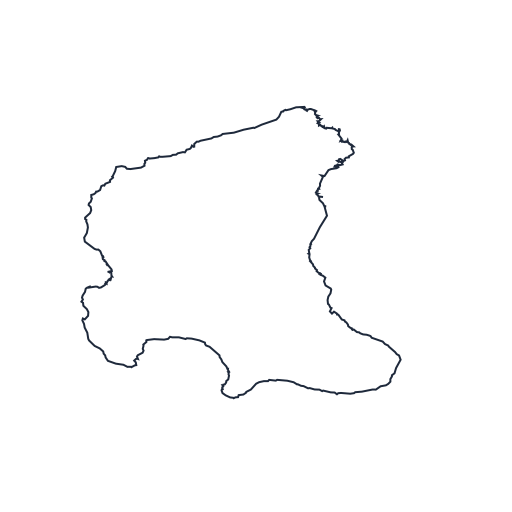 the district of Siquijor, Siquijor, Philippines, rotated 115°
{"feature_id": "2640588B8507173896697", "entity_name": "Siquijor", "entity_type": "district", "adm_level": 2, "iso_a3": "PHL", "parent_name": "Philippines", "parent_adm1": "Siquijor", "projection": "equal_earth", "projection_center": [123.577, 9.198], "detail": "fine", "context": "isolated", "style": "outline", "palette": "slate", "viewbox_px": 512, "rotation_deg": 115, "n_neighbors": 0, "source": "geoboundaries", "source_scale": "gbopen_adm2", "svg_char_len": 6143}
<svg xmlns="http://www.w3.org/2000/svg" viewBox="0 0 512 512"><g transform="rotate(115 256 256)"><path d="M365.1,396.4L367.3,396.1L368.6,394.5L371.2,394.9L371.5,393.0L374.1,391.4L375.6,386.9L377.7,384.2L381.2,382.9L385.8,384.4L385.8,386.5L387.7,386.2L390.2,383.2L393.3,381.0L396.8,376.5L402.0,373.0L403.1,371.6L405.7,364.2L405.8,358.5L407.1,354.1L408.9,352.8L409.8,350.7L411.5,349.4L413.6,345.9L412.8,337.5L410.6,330.2L410.8,325.7L409.2,322.4L409.4,321.9L406.4,319.7L405.5,318.4L403.2,320.0L402.3,322.2L400.1,321.3L399.3,320.5L399.2,319.5L397.4,321.4L395.9,321.2L391.6,317.9L389.3,317.9L388.0,319.4L384.9,320.0L383.9,320.7L380.3,319.0L378.8,319.8L378.3,319.4L374.4,313.2L370.6,303.9L368.2,300.6L365.6,299.8L365.1,297.5L362.3,291.5L361.0,284.7L359.8,283.9L358.1,279.5L356.4,271.7L356.1,265.7L357.5,264.7L358.2,263.4L357.9,259.7L361.5,247.1L363.0,246.2L364.3,243.8L366.4,241.6L368.6,236.2L370.3,234.3L370.0,233.7L371.0,233.4L372.3,231.5L372.9,232.2L373.4,231.3L374.7,231.0L375.8,229.9L379.6,229.0L381.9,230.1L383.3,229.6L385.5,230.0L386.4,231.2L387.2,230.9L387.4,231.6L388.1,230.6L389.3,231.1L390.8,229.9L391.3,230.6L392.4,230.4L394.4,228.4L395.1,224.6L395.1,219.7L394.1,216.6L394.3,216.1L392.8,214.9L391.5,212.6L389.4,212.9L386.9,208.9L384.2,207.3L383.3,207.4L379.2,204.2L371.7,201.9L369.0,199.8L366.1,196.0L364.3,192.2L362.7,191.7L360.6,185.4L359.3,184.5L355.8,174.9L354.5,168.5L355.0,164.5L354.6,164.0L354.6,160.3L353.8,157.9L353.9,152.9L353.0,151.5L352.2,146.5L350.3,142.0L350.5,138.9L349.6,138.3L348.0,130.6L346.5,127.0L347.1,124.2L345.6,123.5L344.2,121.1L341.0,112.4L338.9,109.2L337.5,108.5L334.2,102.7L327.8,94.0L326.4,90.9L321.4,88.0L318.3,83.6L316.0,82.1L313.1,81.1L310.8,82.2L307.7,81.9L306.6,82.4L303.8,80.9L298.3,81.7L288.9,81.1L285.7,84.3L285.5,87.0L284.3,89.3L282.0,97.3L281.3,98.3L281.3,101.9L280.0,105.0L281.2,116.6L280.2,118.3L280.2,119.3L280.6,122.4L281.8,125.8L282.0,129.0L281.6,130.1L282.3,132.4L281.3,136.4L282.2,137.3L281.9,138.2L281.1,138.5L281.2,140.2L280.6,142.8L279.3,143.7L278.0,146.1L277.8,147.7L276.9,148.6L277.3,151.4L274.4,156.6L274.8,157.8L274.0,158.3L273.5,161.8L276.1,162.8L275.0,165.6L271.3,165.5L271.3,166.8L269.2,169.4L269.0,170.5L265.7,172.5L262.2,173.3L258.4,172.7L254.7,173.6L253.9,174.5L253.3,180.5L250.3,183.6L246.3,184.0L245.6,187.2L245.8,189.5L244.9,189.7L245.4,190.8L244.6,190.9L244.8,192.1L244.1,194.7L243.0,194.8L242.4,197.2L241.6,197.7L240.8,199.9L239.5,200.8L237.9,204.6L237.4,204.2L236.8,205.4L234.8,207.2L231.8,208.2L231.7,209.4L230.9,208.9L228.2,210.8L226.0,210.1L225.4,211.2L223.8,210.9L222.5,211.7L221.9,211.2L221.5,211.7L219.0,211.7L215.9,210.7L202.9,210.3L189.5,208.7L182.7,214.4L182.0,214.7L181.3,213.4L181.9,215.2L179.9,217.6L178.4,222.1L177.4,222.9L175.5,223.9L174.2,220.2L175.6,224.6L174.8,225.4L174.5,227.3L173.6,227.7L173.2,227.0L173.2,228.5L171.0,228.3L170.9,227.6L168.8,228.2L168.4,227.1L167.7,227.7L165.3,227.6L163.4,228.6L156.0,228.8L155.4,230.8L154.6,227.7L147.5,226.6L145.5,224.7L142.4,220.1L140.8,218.9L139.9,220.5L141.2,221.2L140.9,221.5L141.5,222.6L140.9,222.6L140.4,222.0L140.6,221.4L138.6,220.8L138.3,219.1L138.6,218.8L136.4,216.2L134.9,218.2L135.2,220.3L135.8,220.9L135.4,222.6L134.4,221.3L133.2,221.6L132.4,220.6L132.7,218.6L134.0,217.9L133.8,216.9L132.9,216.9L131.7,215.8L130.8,216.7L128.9,216.0L127.4,213.5L126.4,214.0L122.4,211.2L121.1,211.0L118.9,213.2L118.7,214.3L116.9,215.3L116.3,215.3L115.5,213.9L114.7,216.7L115.3,217.3L114.8,218.2L115.0,218.8L114.3,219.4L114.3,220.4L112.4,221.9L113.9,221.9L114.4,222.2L114.3,223.0L115.2,223.4L115.5,224.6L115.2,224.9L116.0,226.1L115.4,226.4L116.0,226.7L115.9,227.3L115.5,226.8L115.3,227.3L116.0,228.0L113.5,228.0L111.1,232.7L110.6,232.2L109.0,233.1L106.7,233.0L105.8,233.8L106.0,234.4L107.7,233.5L108.1,234.3L108.1,237.2L107.6,238.1L108.1,240.7L107.5,241.1L108.3,241.5L110.0,246.3L110.8,246.2L111.0,246.8L111.2,248.1L110.1,248.9L110.7,249.0L111.0,250.1L110.2,250.4L110.6,251.9L109.9,253.2L111.1,254.1L110.0,254.6L109.3,254.1L109.9,254.7L109.7,255.5L108.9,255.2L109.4,256.3L108.1,256.3L107.8,257.0L107.2,255.9L104.5,254.9L105.0,255.8L104.1,257.4L104.8,258.1L104.1,258.6L104.9,258.9L104.7,259.6L103.0,260.3L102.7,259.9L102.9,261.4L102.4,262.6L101.1,262.9L100.1,264.0L99.8,262.9L99.2,262.7L99.1,264.0L98.4,263.9L99.2,264.2L99.6,268.5L100.1,269.5L101.5,271.0L102.9,271.1L102.8,272.0L102.0,272.4L102.7,273.9L102.0,275.5L102.1,276.2L100.7,274.7L100.4,275.1L104.3,282.5L108.5,286.9L111.2,290.4L111.1,291.1L112.9,292.5L113.5,292.4L114.6,294.0L120.1,294.0L123.8,295.2L134.5,306.3L140.7,311.6L140.8,312.5L146.7,320.5L153.6,328.2L159.5,337.8L161.4,338.7L164.0,341.3L166.0,344.6L168.3,346.1L175.0,355.0L176.7,356.4L177.4,358.0L180.6,359.3L183.0,358.2L183.5,358.9L183.0,360.7L185.7,360.7L187.0,361.3L189.0,363.8L192.1,364.2L192.7,366.1L196.0,370.3L197.9,371.2L199.5,374.1L201.5,375.5L205.4,382.3L206.6,384.8L206.6,385.9L207.9,386.2L210.2,389.4L212.7,393.7L212.6,394.6L213.0,395.3L214.8,395.4L216.6,396.9L218.3,395.8L219.7,396.1L221.3,395.2L224.5,397.6L230.3,406.6L231.5,409.9L230.5,412.2L231.3,415.7L234.4,420.3L238.6,419.5L244.4,419.6L244.8,419.2L245.0,419.6L245.6,418.8L249.1,420.4L250.5,419.6L254.2,423.1L256.3,423.2L256.5,424.4L258.1,425.7L262.1,425.2L264.7,427.0L265.2,428.1L266.8,428.1L268.7,429.2L270.3,431.1L272.6,430.0L273.1,429.1L276.7,428.7L279.0,429.6L280.5,429.3L281.5,426.5L284.1,424.7L287.2,424.5L293.4,427.1L294.7,426.5L294.9,425.0L296.4,424.5L298.6,422.1L301.2,420.4L306.7,419.0L312.0,419.5L315.3,417.2L317.8,405.3L317.6,403.2L316.8,401.6L317.5,399.1L320.9,395.5L320.7,394.8L321.5,393.8L322.4,394.3L323.6,393.4L323.8,391.5L324.4,391.4L324.3,391.8L324.7,391.2L324.5,390.0L326.4,386.9L326.8,387.5L327.2,386.9L326.8,386.3L329.2,381.3L330.5,380.3L333.2,383.8L332.4,382.5L332.8,381.8L332.2,381.4L332.0,380.3L334.7,378.8L335.4,377.7L335.6,378.3L338.1,377.9L337.8,378.4L338.9,379.1L338.9,378.0L339.6,378.0L339.8,379.1L341.3,379.9L343.2,379.9L343.3,380.7L343.9,380.2L343.8,380.8L344.6,381.0L345.0,380.1L344.9,380.9L345.2,380.3L346.5,380.9L350.0,383.2L351.2,384.8L350.9,386.7L351.4,388.3L356.0,395.2L354.1,393.2L353.8,393.6L356.1,395.7L357.6,396.5L360.8,395.8L365.1,396.4Z" fill="none" stroke="#1e293b" stroke-width="2"/></g></svg>